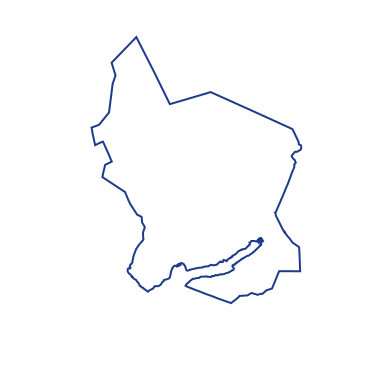 Omasvuotna sme 2, Troms, Norway, rotated 209°
{"feature_id": "86288312B64496782861055", "entity_name": "Omasvuotna sme 2", "entity_type": "district", "adm_level": 2, "iso_a3": "NOR", "parent_name": "Norway", "parent_adm1": "Troms", "projection": "mercator", "projection_center": [20.196, 69.248], "detail": "fine", "context": "isolated", "style": "outline", "palette": "blue", "viewbox_px": 384, "rotation_deg": 209, "n_neighbors": 0, "source": "geoboundaries", "source_scale": "gbopen_adm2", "svg_char_len": 5966}
<svg xmlns="http://www.w3.org/2000/svg" viewBox="0 0 384 384"><g transform="rotate(209 192 192)"><path d="M59.0,175.1L69.2,192.0L70.1,193.3L70.3,193.6L70.5,194.0L71.4,195.4L71.7,195.7L79.5,196.5L85.2,199.1L85.9,199.2L91.6,201.6L91.6,201.8L91.4,202.0L92.0,202.3L92.2,201.9L94.2,203.1L107.2,212.0L108.9,214.2L109.3,214.3L109.0,214.9L109.1,217.0L109.4,218.9L109.5,220.7L109.9,224.3L110.0,225.7L110.1,227.0L110.5,229.4L110.5,231.0L111.6,240.2L111.8,242.1L111.9,243.4L112.1,245.3L112.2,246.3L112.5,248.1L112.6,249.1L112.8,249.9L112.9,251.0L113.0,251.6L113.1,252.3L113.4,253.7L113.4,254.3L113.8,256.1L113.9,257.0L114.0,257.5L114.0,258.2L114.3,259.9L114.3,261.2L114.5,262.1L114.5,263.0L115.0,264.3L115.7,265.1L115.9,265.6L115.6,267.2L115.5,268.0L116.5,268.7L117.6,269.8L118.9,270.0L120.1,270.4L121.3,271.1L122.1,271.7L122.3,272.1L122.3,272.5L121.7,276.0L121.4,277.0L119.2,278.5L118.4,280.2L117.7,281.2L117.6,281.6L117.5,282.2L117.6,282.6L117.8,283.5L118.2,284.1L118.5,284.7L119.2,285.6L120.6,285.6L121.3,285.4L121.8,285.6L122.9,287.4L132.0,293.9L134.8,295.7L178.9,292.2L224.1,288.4L254.0,258.1L283.8,278.9L315.8,300.5L325.0,266.1L315.4,256.9L313.8,248.0L303.1,221.3L305.9,205.7L311.1,199.6L309.5,197.8L307.0,194.6L304.2,191.5L302.6,189.6L299.4,186.0L298.3,187.6L296.8,189.8L295.3,191.8L294.3,192.9L282.5,184.1L278.4,180.8L276.9,179.7L281.1,173.7L278.6,164.6L277.6,161.6L250.6,159.5L243.1,153.6L240.1,151.5L229.0,145.6L224.0,145.8L220.9,141.2L216.2,138.4L215.7,135.5L215.2,132.9L213.9,130.5L211.4,126.8L212.7,120.2L212.9,118.9L213.2,114.9L212.7,111.4L211.9,106.8L211.6,106.3L211.4,105.4L211.0,104.3L210.9,103.8L210.7,103.2L209.9,101.1L210.1,100.3L210.1,99.8L210.2,99.5L210.5,99.2L210.7,98.6L210.5,98.0L210.6,97.8L210.3,97.2L210.3,96.4L210.2,96.3L209.8,96.0L208.9,95.8L208.9,95.7L209.0,95.4L209.1,95.1L209.7,95.0L210.2,94.4L210.7,94.1L210.8,93.7L210.7,93.4L210.4,92.5L209.8,91.4L209.3,91.0L207.2,90.1L205.7,90.0L204.8,89.3L203.2,89.2L203.3,88.6L203.2,88.4L202.8,88.5L201.5,88.3L200.5,87.9L199.3,88.0L198.4,88.0L196.9,87.2L194.5,86.3L193.0,85.2L192.4,85.0L192.2,84.7L191.6,84.9L190.4,84.5L190.1,84.2L189.8,84.1L188.7,84.5L187.3,84.2L186.9,83.9L185.6,84.0L185.1,83.8L184.0,83.7L183.0,83.5L182.5,83.6L182.1,83.6L182.1,84.4L180.8,86.5L179.2,88.7L179.2,90.4L178.7,91.8L177.9,92.0L175.6,93.6L175.0,94.6L174.4,96.1L174.3,97.5L174.4,98.6L174.1,99.0L173.8,100.2L173.5,100.8L173.8,101.5L171.9,103.2L170.8,104.5L170.2,105.5L170.0,106.7L170.5,108.4L170.8,109.8L171.2,110.4L171.8,112.6L172.3,115.9L172.0,116.1L172.1,117.7L171.8,118.7L170.6,119.5L169.8,120.5L169.8,119.6L169.3,119.4L168.6,120.2L167.7,120.7L167.3,122.0L167.9,122.6L168.4,122.1L168.8,122.5L168.3,122.9L168.0,123.5L166.8,123.3L167.1,124.3L166.7,124.9L165.9,124.8L164.5,125.0L163.3,124.3L162.4,124.1L160.0,121.8L158.9,120.9L157.7,121.0L156.4,122.5L156.3,122.9L155.8,123.2L154.3,124.7L149.6,128.8L146.0,131.3L145.8,132.1L141.7,135.0L141.3,135.5L141.1,136.1L140.7,136.7L140.3,137.4L137.8,138.2L136.6,139.2L135.7,139.7L135.4,140.4L134.9,140.9L134.6,141.5L134.6,141.8L134.7,142.1L133.8,144.0L133.7,144.7L133.6,145.0L133.2,145.1L132.5,144.9L131.7,145.3L131.1,145.8L131.3,147.0L131.6,147.6L131.5,147.9L130.3,148.1L129.9,148.1L129.4,148.3L128.3,148.2L128.1,148.4L128.5,149.1L128.2,149.5L128.2,150.0L127.6,150.8L127.5,151.4L127.2,151.8L127.1,152.3L126.6,152.6L126.5,152.9L126.2,153.1L126.3,154.1L126.2,154.3L125.7,154.4L125.3,155.0L125.5,155.5L125.7,155.8L125.6,156.1L125.0,156.8L124.4,157.6L123.5,159.5L123.4,160.4L123.0,161.4L122.9,162.1L122.5,163.1L122.1,163.5L121.8,164.0L121.5,164.3L121.1,165.3L120.7,165.3L120.4,165.5L120.2,166.2L120.0,166.6L118.3,167.6L117.6,168.6L117.4,169.5L117.1,170.9L116.8,171.6L116.7,172.1L116.6,172.4L116.3,172.7L116.4,173.5L116.0,173.8L116.2,174.2L116.4,174.5L116.1,174.4L116.1,174.5L116.5,174.9L116.6,175.4L116.5,177.2L116.3,177.6L116.3,178.0L113.8,179.3L111.7,180.0L111.3,180.4L111.3,180.6L110.5,180.5L109.1,180.0L109.0,180.5L109.5,181.1L110.3,181.1L111.1,181.7L111.2,182.0L110.6,182.6L110.9,183.1L110.8,183.7L110.5,184.4L109.8,184.9L109.5,185.1L109.3,185.2L108.5,184.8L107.8,184.7L107.0,183.9L106.0,183.5L106.1,183.2L106.4,183.2L107.6,183.6L108.4,184.4L109.8,184.5L110.3,184.2L110.5,183.8L110.5,183.5L110.4,183.2L109.6,182.8L109.3,182.3L108.0,181.9L106.9,181.4L106.8,180.7L106.5,180.3L106.6,180.0L106.8,179.6L106.8,179.2L106.3,179.3L105.9,179.2L106.1,178.5L106.4,178.0L106.7,177.2L106.8,176.4L107.1,175.6L107.3,174.9L107.6,174.2L107.6,173.5L107.9,173.1L107.9,172.7L108.0,172.3L108.5,171.6L108.4,171.2L108.5,170.4L108.9,169.7L109.3,169.3L109.4,168.6L109.5,168.0L109.9,167.2L110.7,166.1L110.8,165.5L111.5,164.0L111.8,163.6L112.2,163.4L113.3,162.1L113.4,161.7L114.1,160.7L114.7,159.3L115.3,158.7L115.3,158.3L115.7,158.1L115.8,157.7L116.2,157.4L116.2,156.9L116.7,155.8L117.2,154.5L117.4,154.1L117.9,153.7L118.1,153.1L118.1,152.5L118.4,151.9L119.0,151.7L119.1,151.3L119.1,150.6L119.1,150.2L119.3,149.8L119.3,149.4L119.5,149.2L120.0,149.2L120.1,148.3L120.5,147.7L121.0,147.6L121.0,147.4L120.7,146.8L120.2,146.2L118.9,145.9L118.4,145.6L118.2,145.2L118.0,144.1L118.3,143.6L118.7,143.2L118.8,142.9L119.1,142.7L119.6,141.6L120.5,140.1L120.7,139.6L121.2,139.2L121.5,138.7L122.9,137.4L124.3,135.7L125.8,134.5L126.5,134.3L126.8,133.7L127.5,133.6L128.0,132.9L128.7,132.4L128.9,131.8L129.3,131.4L131.0,130.9L131.3,130.5L131.6,130.1L131.7,129.3L132.0,129.1L132.8,128.9L133.7,128.2L133.8,128.1L133.8,127.2L134.1,127.0L134.5,126.7L135.1,126.6L137.0,125.5L138.0,125.2L138.6,125.2L139.3,124.6L139.8,124.3L141.1,123.4L142.2,122.8L142.9,122.2L143.5,121.9L144.1,120.3L146.0,119.1L148.3,116.9L148.7,116.6L149.3,116.4L150.2,114.1L150.7,113.1L150.8,112.1L152.1,109.0L152.3,107.0L152.0,106.8L151.7,106.7L141.4,108.0L136.4,108.8L130.0,109.6L123.0,110.8L117.3,111.5L104.5,113.7L104.0,113.7L101.7,119.0L100.3,122.6L100.1,124.1L93.3,128.5L91.2,132.2L90.8,132.7L88.4,133.0L87.5,133.4L84.9,133.8L82.3,136.4L81.2,136.9L81.0,137.2L79.2,142.1L75.2,146.4L77.4,165.0L59.0,175.1Z" fill="none" stroke="#1e3a8a" stroke-width="2"/></g></svg>